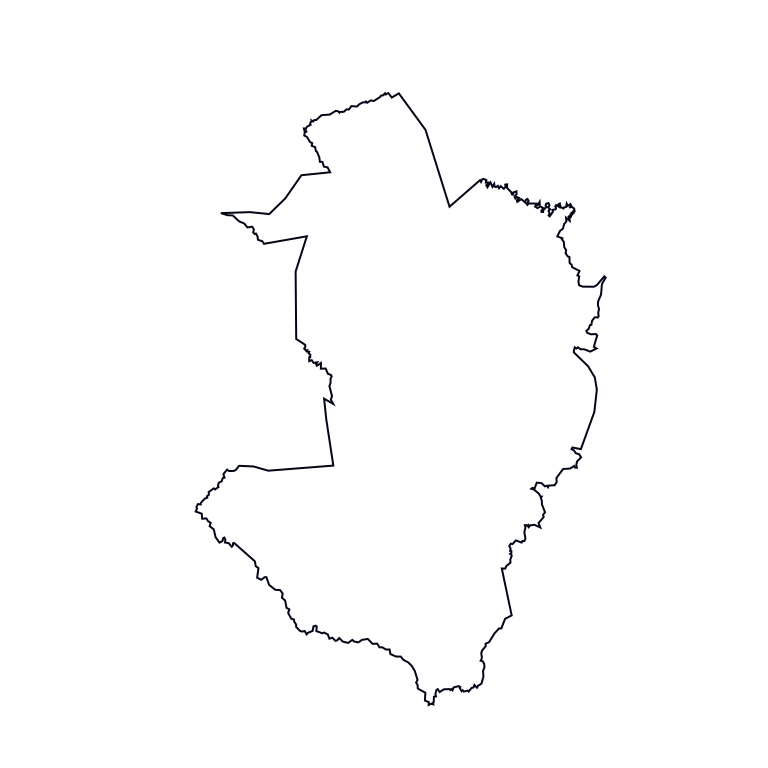 Guachochi, Chihuahua, Mexico (Mercator projection), rotated 27°
{"feature_id": "50627088B93853407634097", "entity_name": "Guachochi", "entity_type": "district", "adm_level": 2, "iso_a3": "MEX", "parent_name": "Mexico", "parent_adm1": "Chihuahua", "projection": "mercator", "projection_center": [-107.196, 27.145], "detail": "fine", "context": "isolated", "style": "outline", "palette": "ink", "viewbox_px": 768, "rotation_deg": 27, "n_neighbors": 0, "source": "geoboundaries", "source_scale": "gbopen_adm2", "svg_char_len": 6165}
<svg xmlns="http://www.w3.org/2000/svg" viewBox="0 0 768 768"><g transform="rotate(27 384 384)"><path d="M254.2,323.9L285.3,383.7L296.0,384.9L297.3,387.3L296.8,388.7L299.4,389.7L300.3,388.7L300.8,390.0L302.8,389.3L303.0,391.0L304.9,391.2L306.1,393.5L305.2,394.0L307.0,397.6L308.8,395.6L311.7,397.2L314.6,395.0L314.4,397.1L315.9,398.2L318.3,393.9L320.8,399.0L325.0,396.7L329.3,400.3L332.9,400.1L334.0,401.1L333.9,403.4L335.9,407.4L336.3,410.6L343.2,418.4L343.7,422.0L347.8,424.8L337.3,424.3L348.4,441.4L375.9,479.7L320.2,513.8L305.2,516.7L292.0,522.7L291.0,527.8L289.6,529.7L285.3,531.9L283.1,531.5L281.8,537.2L284.4,539.9L283.0,541.0L283.5,544.5L281.6,547.0L282.3,550.2L283.3,550.9L281.4,554.6L279.7,554.3L276.8,559.9L278.3,562.1L277.2,564.4L278.2,565.6L276.5,567.2L275.3,571.1L274.8,573.3L275.4,574.5L272.7,575.5L272.7,578.8L273.9,579.7L274.1,583.1L280.5,582.3L283.2,586.6L286.7,584.4L289.5,586.1L292.5,586.3L293.2,589.8L298.3,590.8L303.4,596.9L309.4,600.0L311.3,597.3L310.8,594.1L311.5,593.3L313.3,594.7L314.3,597.4L318.0,596.3L322.2,598.2L322.7,596.4L321.8,594.4L322.8,593.7L349.4,600.6L352.5,604.6L355.7,605.0L358.9,614.2L363.5,614.2L365.3,610.4L366.9,609.5L372.9,615.2L380.5,616.7L385.2,614.8L388.9,616.8L390.1,620.8L394.2,621.8L398.8,627.7L402.0,627.8L402.5,631.5L408.1,635.3L410.7,634.7L411.8,636.4L414.9,638.2L415.9,640.2L421.0,642.1L423.4,641.8L425.5,640.1L428.7,642.2L429.1,640.3L432.5,636.4L431.2,632.0L432.7,630.4L434.2,630.7L435.9,634.9L442.2,634.1L443.4,632.7L447.7,632.7L451.0,635.7L453.1,633.5L457.4,634.9L458.7,633.6L459.4,630.7L464.3,632.2L469.6,631.0L471.9,626.4L474.4,627.0L478.5,625.8L480.6,621.9L485.4,618.5L491.8,620.7L495.8,618.4L499.5,620.7L502.0,619.4L506.3,619.7L509.5,618.0L512.3,621.7L518.3,621.4L522.7,619.3L526.3,620.9L532.2,621.1L536.8,622.6L541.7,625.7L548.2,632.4L548.2,635.5L550.5,636.9L552.4,640.0L561.0,640.3L564.2,647.5L568.3,647.1L569.5,649.7L571.0,647.6L573.1,647.1L572.1,646.4L572.9,645.4L570.5,640.0L572.2,638.7L570.6,637.0L569.6,632.8L570.4,631.5L573.4,633.2L576.0,628.8L581.1,626.0L582.0,626.6L582.9,625.1L584.1,625.7L583.8,622.7L587.7,619.3L589.4,619.3L589.4,620.4L592.6,622.5L593.1,621.1L594.8,621.8L597.7,619.2L599.1,619.6L600.0,615.1L601.6,613.7L601.2,611.1L604.7,612.4L604.9,610.0L606.9,606.8L605.4,599.5L602.5,594.6L602.1,590.7L600.2,587.7L597.6,586.2L595.8,586.7L595.6,583.6L592.8,579.6L592.4,576.8L593.7,571.4L592.4,569.3L594.8,566.4L595.7,555.9L597.5,549.6L599.5,548.5L598.5,538.2L602.8,532.2L572.7,494.9L575.8,493.5L575.7,490.5L577.8,485.8L576.3,483.3L575.7,478.8L573.5,478.0L574.3,477.0L573.4,475.1L572.1,475.4L571.7,473.4L569.1,471.4L569.5,468.7L571.2,468.2L572.5,463.5L578.6,462.8L578.6,461.0L580.3,460.3L580.3,457.6L576.4,452.5L575.2,447.6L573.6,445.9L575.2,444.9L576.8,445.4L576.9,444.5L578.0,445.7L578.6,443.4L581.9,441.2L588.4,440.9L584.8,437.7L586.7,430.1L585.1,428.3L585.7,425.2L579.3,419.5L577.5,416.1L575.5,414.5L575.6,412.8L574.7,413.3L571.8,411.4L565.7,410.0L562.8,410.5L563.5,409.1L565.6,408.7L564.9,402.6L569.2,400.8L573.9,402.1L575.3,400.7L577.0,401.5L576.8,399.8L582.0,396.7L582.4,393.1L580.3,389.5L582.2,378.4L588.1,374.9L590.6,370.7L591.9,371.8L593.8,371.1L592.1,368.8L591.2,365.5L592.9,359.9L589.8,358.0L586.3,358.6L583.3,356.9L580.7,356.9L580.7,355.0L589.0,352.7L584.1,313.4L576.2,292.4L568.8,282.4L557.8,275.5L538.7,269.6L538.0,267.7L537.3,264.8L539.3,265.0L540.3,263.2L543.1,263.9L546.6,262.2L553.1,261.5L557.3,255.8L554.1,255.6L551.9,243.9L550.2,243.3L545.7,245.8L541.8,246.1L540.2,244.9L541.3,241.9L540.8,238.1L541.9,237.1L540.7,233.3L541.1,230.7L541.6,228.9L544.4,227.5L544.5,226.3L542.4,223.0L541.5,219.5L538.9,216.8L537.3,213.2L536.8,205.8L532.8,196.0L533.2,188.6L531.4,188.1L528.8,199.2L526.9,202.0L517.2,206.9L513.1,207.5L510.9,204.8L509.1,199.5L507.0,199.4L506.9,194.5L498.6,194.5L497.2,192.7L494.4,191.8L491.6,186.7L489.9,186.9L486.5,185.1L485.5,182.0L482.5,180.3L479.7,175.7L476.7,174.2L476.8,173.2L471.4,173.8L471.3,167.7L472.9,164.4L471.9,159.7L472.7,156.4L470.7,153.2L475.4,154.3L473.8,151.9L474.6,150.7L473.3,151.7L472.5,151.2L473.1,149.7L474.4,149.7L473.5,148.2L474.6,148.2L474.8,147.1L473.8,146.5L476.1,145.2L473.9,145.5L474.2,143.9L475.3,143.4L473.8,141.4L470.7,140.8L469.1,142.8L469.9,140.2L468.4,139.1L466.9,141.8L464.9,140.4L465.9,143.5L464.2,145.1L464.2,146.2L461.0,146.1L458.7,143.4L457.8,144.8L459.6,146.7L456.1,146.5L456.0,148.0L457.5,149.3L457.5,150.6L455.0,152.4L456.3,153.9L455.5,159.4L454.1,159.1L454.1,156.9L452.0,155.0L452.6,152.9L450.2,152.2L450.3,149.6L448.4,148.1L446.6,149.9L447.0,151.8L448.4,152.2L447.0,156.8L447.7,158.5L446.2,159.2L445.6,158.3L446.0,154.9L442.7,154.8L440.9,157.6L438.1,157.3L438.2,156.0L441.3,153.3L440.0,151.1L439.9,153.2L431.1,157.3L430.4,159.3L429.5,158.6L429.7,155.2L427.8,154.0L426.8,155.4L427.4,158.2L422.4,156.9L420.1,161.2L419.1,160.2L419.8,156.9L417.4,157.1L416.8,159.1L415.4,158.0L416.0,154.8L414.5,152.2L412.2,154.7L413.2,156.6L411.8,157.0L410.4,155.4L404.4,153.3L403.1,150.2L401.5,151.3L402.8,152.8L402.1,155.7L398.2,154.7L397.6,157.4L395.5,155.8L394.4,157.7L392.9,157.9L391.3,155.6L391.1,159.1L387.4,156.0L386.8,161.8L384.9,160.5L386.0,158.5L385.5,157.1L383.3,158.3L382.6,155.8L379.5,156.1L378.6,157.1L378.7,159.9L377.0,158.8L361.9,196.3L305.6,138.7L265.3,118.3L260.9,125.2L255.8,122.8L253.9,125.4L252.9,124.5L252.0,127.4L250.4,128.3L250.2,130.1L246.5,136.4L243.4,137.4L241.4,141.0L239.7,140.5L239.7,141.4L237.5,142.5L235.1,145.7L234.0,149.0L228.8,151.2L228.1,155.4L225.9,156.3L224.6,159.7L221.1,161.7L221.1,162.5L219.2,161.8L216.9,162.7L213.3,168.6L206.3,172.8L203.8,179.5L202.2,180.3L201.7,182.2L199.9,182.1L200.6,182.9L199.7,183.9L200.1,185.8L200.9,186.4L198.7,189.4L198.4,191.9L196.6,192.7L197.9,194.2L198.9,193.4L200.3,194.4L199.1,195.7L200.1,198.8L203.1,198.8L208.3,202.0L210.7,202.0L211.4,204.6L215.1,204.2L217.5,207.3L218.9,207.5L223.6,211.6L226.0,215.1L228.3,214.1L231.8,217.6L235.4,216.6L239.9,219.8L215.6,235.5L211.8,263.4L204.6,284.7L186.6,291.7L161.1,305.8L168.2,304.6L172.6,302.4L181.2,304.9L186.5,304.4L191.2,306.5L195.3,303.7L198.0,305.5L198.6,308.3L200.5,309.1L201.5,308.1L204.7,310.3L206.1,312.7L211.0,312.1L213.4,313.6L248.2,287.4L254.2,323.9Z" fill="none" stroke="#020617" stroke-width="2"/></g></svg>